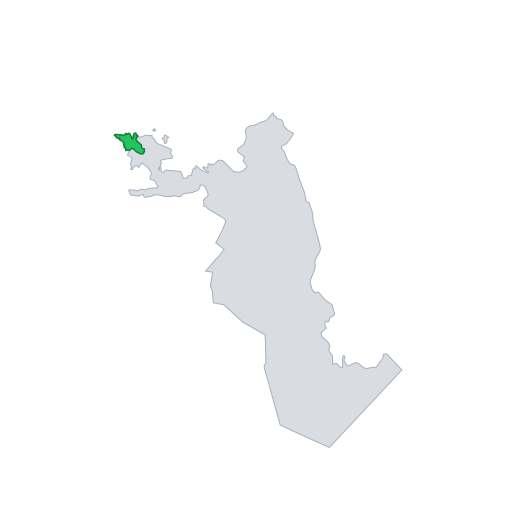 Andijon highlighted on a map of Uzbekistan, rotated 212°
{"feature_id": "UZB-363", "entity_name": "Andijon", "entity_type": "Region", "adm_level": 1, "iso_a3": "UZB", "parent_name": "Uzbekistan", "parent_adm1": "", "projection": "orthographic", "projection_center": [72.284, 40.729], "detail": "fine", "context": "in_parent", "style": "filled", "palette": "green", "viewbox_px": 512, "rotation_deg": 212, "n_neighbors": 0, "source": "natural_earth", "source_scale": "10m", "svg_char_len": 5533}
<svg xmlns="http://www.w3.org/2000/svg" viewBox="0 0 512 512"><g transform="rotate(212 256 256)"><path d="M387.6,244.5L394.5,241.3L398.2,243.6L398.6,244.9L394.3,247.3L390.5,248.6L389.3,251.7L385.6,253.0L381.7,257.3L375.7,261.6L375.6,262.5L376.1,263.2L378.0,263.8L381.9,266.3L385.7,265.0L386.6,265.3L387.6,266.7L388.5,270.8L390.2,271.9L395.6,274.0L399.7,274.1L401.8,275.0L402.1,274.6L402.4,268.6L404.1,269.7L406.0,268.9L406.8,266.0L406.4,264.0L407.8,262.9L408.5,263.7L408.5,265.5L410.5,266.6L411.9,269.6L412.4,273.0L416.1,273.9L417.5,273.2L418.6,273.6L419.1,277.9L419.6,278.2L422.9,277.4L426.0,279.1L429.4,282.4L433.1,282.6L433.9,283.1L436.6,282.6L439.7,283.5L439.8,284.0L439.3,284.7L431.9,288.7L429.9,291.4L428.2,292.3L423.8,290.8L423.1,292.5L423.9,294.1L422.8,295.9L420.5,295.3L420.0,294.4L417.8,294.8L415.2,297.7L413.9,300.0L411.5,300.7L408.1,303.1L406.7,301.2L404.3,301.4L401.1,299.5L399.6,299.1L385.2,301.4L384.1,301.0L382.6,297.8L379.1,296.0L379.2,294.4L386.7,287.9L387.6,285.9L385.2,284.7L385.6,282.9L381.0,277.5L380.1,277.2L379.5,277.4L377.6,281.3L364.8,287.7L363.0,287.0L360.2,284.4L358.4,283.5L356.0,285.5L356.0,288.1L353.6,290.0L355.5,296.9L355.3,297.8L353.6,298.0L354.8,300.7L353.7,300.9L347.7,299.7L340.5,301.0L340.7,302.1L347.0,302.2L347.9,302.7L348.0,303.5L347.6,304.1L344.2,304.5L343.8,305.6L345.5,308.7L344.7,309.4L343.5,308.7L342.4,310.7L340.3,310.5L338.9,316.3L337.1,318.4L334.6,319.2L319.6,315.8L315.6,317.5L312.9,320.0L310.8,326.3L311.0,327.1L317.3,329.9L318.2,333.9L326.0,334.6L327.3,335.3L327.9,336.3L328.2,337.4L325.6,343.7L326.3,349.4L327.4,352.0L331.9,357.2L331.6,359.9L330.4,362.3L329.0,364.4L327.5,365.2L325.4,367.8L323.6,371.0L320.0,375.2L318.7,377.5L318.0,384.5L317.0,386.5L316.9,385.7L315.8,384.9L312.3,384.4L311.6,383.5L307.0,384.9L304.2,384.0L301.5,381.0L296.0,379.6L289.0,379.8L289.2,372.5L289.8,367.2L292.4,363.1L292.4,362.3L291.3,360.8L287.2,359.3L282.5,355.7L278.1,353.1L275.6,352.2L272.6,353.2L270.0,352.7L258.6,343.1L249.0,335.9L242.5,329.0L239.2,329.3L230.9,322.5L225.8,315.7L208.4,299.9L205.1,296.1L204.4,294.3L203.9,285.6L202.7,281.6L200.5,279.2L199.0,274.8L197.1,264.5L196.2,262.6L191.2,257.7L188.2,256.3L185.8,256.7L184.3,258.2L182.5,258.1L174.7,255.4L165.8,254.9L158.7,248.8L158.4,247.9L158.6,246.5L160.5,243.4L160.5,241.9L159.7,240.1L159.9,238.4L160.7,237.6L162.1,238.1L162.7,237.6L162.7,236.6L161.2,234.3L158.0,231.9L158.8,230.7L159.5,227.5L160.2,225.9L159.9,225.2L157.6,222.5L149.1,221.1L147.2,220.1L145.7,218.9L144.6,215.1L143.9,214.1L138.3,211.8L133.4,204.7L131.7,207.2L130.5,207.6L126.1,206.2L123.6,207.5L128.1,214.7L129.0,216.8L128.8,218.0L127.1,217.9L126.2,214.6L125.4,213.6L120.4,211.1L118.4,212.7L117.5,215.1L114.5,218.8L111.8,219.1L105.4,218.3L103.4,218.8L101.9,219.7L98.8,222.9L95.2,225.3L94.3,237.0L95.9,240.2L93.4,242.3L71.9,236.7L92.3,132.5L123.6,128.2L145.9,125.5L189.8,165.7L190.7,167.1L191.0,170.1L192.0,172.5L206.5,194.0L232.0,192.9L257.4,197.6L267.4,193.7L274.3,202.9L278.7,206.3L284.2,219.3L290.7,216.5L288.5,231.3L287.4,235.8L286.7,244.8L297.1,245.8L298.3,260.4L300.1,269.6L302.3,270.8L322.3,270.6L323.8,271.4L326.7,270.6L328.4,273.6L330.3,275.6L328.6,281.9L330.9,284.5L336.3,287.8L339.8,287.8L340.5,286.8L340.4,285.3L339.6,283.7L339.8,281.8L340.4,280.5L343.9,275.8L349.5,271.3L350.8,269.7L351.4,266.7L353.4,265.1L358.1,263.4L358.8,261.9L364.6,258.3L371.1,256.2L374.0,254.3L376.9,250.8L381.1,247.0L382.7,247.0L383.7,248.2L384.7,248.3L387.6,244.5ZM385.5,280.1L384.8,278.2L383.8,277.5L383.4,277.8L384.9,280.2L385.5,280.1ZM397.3,310.5L393.0,310.4L393.7,307.5L392.2,306.2L391.9,304.8L392.3,303.5L393.3,303.0L394.5,305.0L397.8,306.0L396.7,308.0L397.5,310.1L397.3,310.5ZM410.2,307.6L409.4,310.2L407.5,309.0L407.8,308.4L410.2,307.6Z" fill="#d9dde1" stroke="#a8b0b8" stroke-width="1"/><path d="M422.2,276.5L422.5,276.7L423.1,277.7L423.6,278.0L424.2,278.2L425.4,278.3L425.5,278.4L425.5,278.5L425.5,278.8L425.5,279.5L425.9,279.7L426.5,279.7L426.9,279.9L427.8,281.3L428.5,282.1L429.4,282.4L430.3,282.6L433.1,282.3L434.0,282.5L434.1,283.4L434.0,283.8L434.3,283.8L435.3,283.1L436.9,282.3L437.2,282.5L437.6,283.0L438.0,283.3L439.3,283.2L439.8,283.3L440.0,283.3L440.1,283.9L439.4,284.8L438.4,285.4L436.3,286.2L434.5,287.4L432.9,287.8L432.1,288.1L431.6,288.9L431.4,290.9L430.7,291.2L429.9,290.8L429.5,290.8L429.3,291.3L429.3,291.7L429.2,292.1L429.0,292.5L428.7,292.8L427.8,292.8L426.3,291.7L425.4,291.6L424.8,291.3L424.0,290.5L423.3,289.8L422.7,290.1L422.6,290.6L423.1,291.4L423.1,291.9L422.9,292.4L422.9,292.7L423.1,293.0L424.1,293.7L424.2,293.9L424.3,294.2L424.3,294.9L424.0,295.7L423.6,296.3L423.1,296.4L422.5,296.2L421.2,295.4L420.9,295.3L419.9,295.3L419.6,295.2L419.9,294.9L420.3,294.8L420.6,294.7L420.7,294.4L420.1,294.2L419.9,294.2L419.7,293.4L419.7,293.0L419.7,292.5L419.8,292.0L419.8,291.6L419.8,291.3L419.5,291.0L418.4,290.7L418.1,290.7L417.9,290.5L417.5,289.9L417.2,289.7L417.0,289.9L416.8,290.2L416.4,290.2L415.1,289.9L414.0,289.6L413.4,289.6L413.0,289.7L412.4,289.6L412.2,289.5L411.2,288.2L411.0,287.9L410.8,287.7L410.6,287.5L409.4,287.1L409.1,287.1L408.8,287.2L408.7,287.2L408.2,287.1L407.6,286.8L407.4,286.8L407.2,287.4L406.9,287.0L406.4,286.1L405.8,285.1L406.4,284.5L406.1,283.7L405.8,283.4L405.8,283.2L406.6,282.4L406.9,282.2L407.2,281.7L409.5,281.2L410.2,281.5L411.1,281.1L411.3,281.0L411.8,281.0L412.3,281.1L412.9,281.0L415.8,281.7L416.2,281.8L416.5,281.7L417.9,281.6L418.2,281.6L418.3,281.5L418.6,281.3L419.1,278.9L419.2,278.4L420.5,278.1L421.3,277.9L421.5,277.8L421.7,277.0L421.8,276.8L422.2,276.5Z" fill="#22c55e" stroke="#15803d" stroke-width="1.5"/></g></svg>